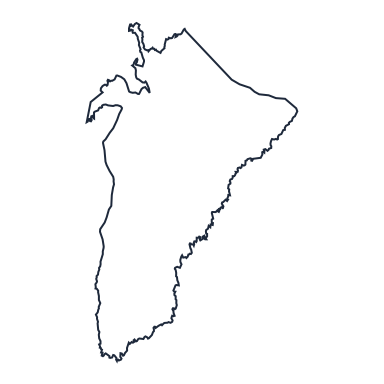 the district of Bomet East, Rift Valley, Kenya
{"feature_id": "3690345B81361718006434", "entity_name": "Bomet East", "entity_type": "district", "adm_level": 2, "iso_a3": "KEN", "parent_name": "Kenya", "parent_adm1": "Rift Valley", "projection": "equal_earth", "projection_center": [35.412, -0.848], "detail": "fine", "context": "isolated", "style": "outline", "palette": "slate", "viewbox_px": 384, "rotation_deg": 0, "n_neighbors": 0, "source": "geoboundaries", "source_scale": "gbopen_adm2", "svg_char_len": 5879}
<svg xmlns="http://www.w3.org/2000/svg" viewBox="0 0 384 384"><path d="M86.7,122.2L87.7,121.6L88.7,119.1L89.7,118.9L90.1,121.1L91.0,121.3L91.7,120.0L90.8,119.1L91.3,116.3L92.3,115.9L93.3,118.1L94.1,118.6L94.0,112.4L94.9,111.6L98.1,110.4L99.1,108.0L100.1,107.4L101.1,107.9L102.1,107.3L102.1,105.6L103.4,104.8L105.8,104.5L108.1,105.4L113.1,106.0L115.6,105.2L117.7,105.3L120.7,106.3L122.0,108.0L121.6,109.5L119.2,114.0L117.1,120.0L113.2,128.3L109.8,132.7L105.6,139.3L103.3,141.5L103.0,142.9L104.5,150.2L105.5,161.7L106.6,165.0L109.6,171.0L113.2,176.8L113.7,179.4L113.6,181.5L114.0,184.3L113.1,187.4L111.8,195.0L111.3,205.9L108.9,209.5L106.6,217.5L104.7,222.5L100.2,229.2L100.0,231.8L102.6,239.4L103.7,246.3L103.6,247.9L102.8,251.3L102.8,254.2L100.5,261.7L100.6,264.1L100.2,266.3L99.0,268.0L99.3,269.5L98.3,272.0L98.0,274.6L96.6,276.1L96.7,277.5L96.2,278.9L97.0,281.3L96.7,282.4L95.4,284.2L95.8,287.3L95.5,288.5L96.8,288.8L98.2,290.7L98.1,292.2L98.9,296.0L98.9,300.0L100.3,303.1L98.7,307.0L98.9,308.4L98.3,309.6L97.7,312.4L95.9,314.6L97.1,317.2L97.0,318.8L98.0,321.8L97.6,323.4L98.2,329.9L99.4,332.0L98.8,334.8L99.2,338.4L100.5,341.1L100.5,343.7L99.1,344.4L100.1,346.5L99.8,347.7L100.8,348.0L101.1,349.2L102.0,349.7L101.1,352.5L102.5,352.7L101.7,355.6L102.9,356.2L103.8,355.5L104.5,354.2L105.7,353.4L109.4,356.1L109.4,357.6L110.2,357.9L112.1,357.5L113.2,355.0L114.3,355.3L116.5,358.1L116.1,359.6L116.9,361.0L117.2,359.8L118.1,359.6L118.9,360.5L121.0,359.6L121.5,358.6L120.3,356.8L120.5,353.2L121.8,353.5L123.1,355.7L123.9,355.3L125.0,353.0L127.1,350.6L127.0,348.0L128.8,342.7L129.8,343.9L131.7,342.0L132.9,342.7L134.0,342.0L133.6,340.3L134.5,339.5L136.0,341.4L136.9,341.1L138.2,339.1L139.3,338.5L143.4,339.0L144.6,336.9L145.5,336.4L147.3,337.4L148.0,338.6L148.9,338.2L151.9,335.0L153.0,332.1L153.9,331.2L153.9,329.3L153.5,327.9L154.4,326.7L155.2,326.8L155.7,327.9L158.7,325.7L161.2,324.4L162.0,325.2L163.8,323.3L164.7,322.9L167.6,322.7L168.5,322.1L170.6,322.8L172.2,321.8L172.6,320.4L171.4,318.3L171.7,317.0L172.2,315.7L173.4,316.2L174.6,315.8L173.6,313.1L173.4,311.1L172.4,309.2L173.0,308.2L174.2,308.4L174.8,309.2L175.7,308.6L176.8,305.1L176.3,303.2L176.4,300.1L175.6,299.2L175.7,296.2L174.5,295.2L174.3,293.8L175.3,291.7L174.2,291.6L173.4,290.6L175.5,285.4L176.3,285.0L178.8,285.4L178.4,282.8L177.3,280.2L177.0,277.1L176.1,276.3L176.2,272.9L175.7,270.1L174.8,268.8L175.1,267.8L177.2,266.8L179.9,267.8L181.5,264.3L180.4,262.0L180.3,259.9L181.3,256.6L182.1,255.3L183.2,257.6L185.7,257.1L186.4,258.0L187.7,256.7L188.4,254.5L189.2,254.4L189.8,253.7L190.9,254.0L191.8,252.8L191.1,249.3L190.5,248.6L189.5,244.3L189.9,243.4L190.7,243.5L191.3,244.4L193.2,244.4L193.8,245.6L194.2,244.1L193.8,242.7L194.3,241.4L195.2,241.3L196.2,242.0L196.7,241.1L196.7,237.7L198.2,237.8L199.2,236.6L200.3,237.1L199.8,239.5L200.3,240.4L203.0,238.7L202.5,237.8L202.8,236.6L204.3,235.7L204.8,236.9L204.2,238.5L205.1,239.3L206.3,239.3L205.6,238.2L207.1,236.4L207.1,233.9L206.2,233.6L205.9,231.3L206.2,230.0L208.0,228.7L208.7,225.8L210.3,227.2L210.6,224.5L212.7,225.0L212.9,223.2L211.9,223.3L211.7,221.0L211.8,219.5L213.2,218.7L211.8,213.0L212.2,212.0L215.7,212.1L217.4,210.3L218.0,211.4L218.8,211.9L219.3,210.8L219.1,209.0L220.2,209.1L220.5,207.7L221.4,207.3L222.2,207.8L222.4,206.7L223.1,207.4L223.4,206.3L221.8,203.7L222.1,202.5L223.3,202.0L225.6,199.7L227.1,201.0L228.0,199.6L227.0,199.2L228.2,196.4L228.3,195.0L230.0,195.3L229.0,191.3L229.2,189.4L228.1,188.4L228.6,184.9L230.4,183.6L230.4,182.2L229.8,181.5L229.9,180.4L230.4,179.5L232.0,179.0L232.7,177.7L232.7,176.1L234.3,176.1L235.2,174.9L235.5,173.7L236.2,173.0L235.7,171.9L237.6,171.9L238.0,170.7L237.5,169.1L237.9,168.0L239.6,167.5L240.5,168.1L241.4,167.5L242.0,164.9L243.8,165.6L244.8,165.2L245.4,164.6L245.5,160.8L246.8,160.4L247.5,159.2L250.3,158.3L251.3,158.7L251.3,160.6L252.1,160.8L253.2,158.8L260.7,157.8L262.4,154.5L262.2,152.2L263.1,151.7L264.3,152.6L264.4,151.2L263.8,149.6L265.3,149.1L267.5,150.8L268.6,149.8L269.0,148.7L271.2,148.0L271.3,146.2L270.6,145.1L270.5,143.4L271.0,141.2L272.0,139.0L274.1,139.5L275.9,138.9L277.1,139.5L277.9,139.1L278.0,136.8L278.4,135.8L279.0,135.0L281.4,134.0L283.2,130.1L284.9,129.8L284.8,127.9L285.9,125.8L289.0,124.2L288.9,122.8L289.8,121.9L291.9,120.9L292.5,118.5L293.6,117.0L294.9,116.3L297.3,111.3L296.2,108.3L285.1,98.8L275.9,98.1L268.7,95.3L259.2,94.3L254.6,91.8L250.0,87.8L239.6,84.3L231.7,79.7L185.7,31.0L184.7,28.9L183.8,29.5L181.6,33.5L180.5,34.3L178.0,34.4L177.4,35.8L176.5,36.6L175.6,37.0L176.3,34.6L175.6,34.0L174.5,34.2L172.1,38.0L170.9,38.3L168.8,37.7L168.5,39.1L167.4,39.6L166.1,39.1L164.7,44.6L164.8,45.9L164.3,47.2L164.5,48.2L161.4,50.9L160.5,52.9L156.5,50.7L156.0,49.7L154.9,50.0L154.3,48.8L153.2,48.8L152.6,47.7L151.6,48.7L150.6,48.9L148.5,51.3L148.1,50.1L147.0,50.3L144.9,49.4L143.6,47.4L144.1,46.3L143.4,43.9L142.2,41.9L142.4,39.1L142.1,37.7L143.0,36.8L142.4,35.4L142.6,32.4L141.9,31.5L139.9,30.4L139.4,29.1L138.6,28.3L138.6,27.0L139.5,24.8L136.5,23.0L134.9,24.0L133.1,26.5L132.3,25.5L131.1,25.9L131.0,24.4L130.1,24.5L129.0,28.3L129.0,30.9L130.3,30.6L131.0,29.6L132.8,30.3L132.4,31.4L132.8,32.8L135.0,32.8L137.7,36.8L137.8,38.7L139.2,42.8L138.9,45.0L140.6,49.3L140.0,50.4L140.3,51.9L141.3,52.4L142.8,57.6L144.0,60.2L144.0,61.6L142.5,66.4L136.0,64.7L135.9,63.5L136.8,62.4L137.5,59.7L137.1,58.7L136.3,59.1L134.1,62.5L133.5,64.8L132.2,65.5L135.4,68.2L135.9,70.3L135.7,74.7L136.2,77.3L136.9,78.6L138.9,79.5L142.6,82.4L144.5,82.6L145.6,81.5L146.5,82.8L148.9,88.5L149.7,92.9L145.2,87.1L143.0,87.8L141.5,89.1L139.1,93.9L138.1,94.0L135.5,92.5L132.7,92.8L130.3,92.2L129.1,91.5L126.5,83.2L124.3,79.3L121.0,76.9L117.3,75.5L116.4,75.6L114.6,79.4L112.2,80.8L111.1,80.7L110.1,81.4L109.2,81.1L108.9,80.1L107.9,79.8L107.4,80.9L108.0,81.7L107.6,84.9L106.8,85.7L105.8,84.8L104.7,84.7L102.6,86.0L100.9,88.3L100.7,90.6L102.6,92.4L90.7,102.0L86.7,122.2Z" fill="none" stroke="#1e293b" stroke-width="2"/></svg>